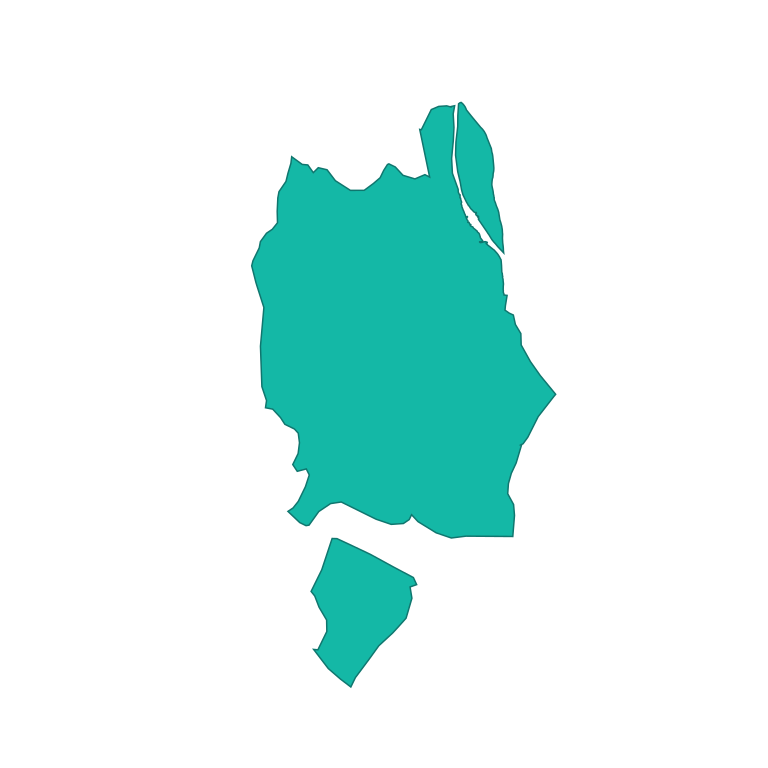 Auseem, Al Jizah, Egypt (Equal Earth projection), rotated 26°
{"feature_id": "37247803B16391777329697", "entity_name": "Auseem", "entity_type": "district", "adm_level": 2, "iso_a3": "EGY", "parent_name": "Egypt", "parent_adm1": "Al Jizah", "projection": "equal_earth", "projection_center": [31.148, 30.12], "detail": "fine", "context": "isolated", "style": "filled", "palette": "teal", "viewbox_px": 768, "rotation_deg": 26, "n_neighbors": 0, "source": "geoboundaries", "source_scale": "gbopen_adm2", "svg_char_len": 5835}
<svg xmlns="http://www.w3.org/2000/svg" viewBox="0 0 768 768"><g transform="rotate(26 384 384)"><path d="M542.8,318.0L520.7,307.9L505.8,299.7L490.2,288.8L484.9,278.7L476.0,272.9L470.0,265.3L465.5,265.4L460.4,264.6L458.8,260.4L455.8,250.4L452.9,251.4L452.3,250.5L451.7,249.9L451.4,249.6L451.0,249.3L450.3,247.7L449.9,247.2L449.6,246.6L448.2,243.5L447.8,242.3L447.3,241.3L446.0,239.3L445.1,237.7L443.6,235.9L443.6,235.7L443.5,235.3L443.5,235.1L443.2,234.9L442.8,234.4L442.4,233.7L441.8,232.7L440.9,231.9L437.6,225.8L435.6,222.4L434.8,221.2L434.5,220.8L434.0,220.6L432.6,219.5L431.4,218.7L430.6,218.2L429.6,217.6L428.4,217.0L424.5,215.4L423.7,215.2L423.2,215.1L422.9,215.1L422.6,215.1L421.7,214.8L420.2,214.5L418.7,214.1L417.5,213.9L416.9,213.8L414.9,213.2L414.4,213.0L414.2,212.9L414.2,212.7L414.2,212.3L414.4,212.2L414.7,212.0L414.9,211.9L414.9,211.7L414.7,211.5L414.6,211.4L413.4,211.5L413.0,211.6L412.5,211.7L412.1,212.0L411.5,212.4L410.6,213.3L410.4,213.5L409.1,214.4L408.5,214.7L408.4,214.7L408.3,214.3L408.2,214.2L407.9,214.5L407.7,214.5L407.6,214.4L407.6,214.2L408.3,213.9L408.7,213.7L409.2,213.4L409.6,213.0L409.9,212.8L410.0,212.6L410.1,212.4L410.0,212.1L409.7,211.9L406.7,210.4L406.3,210.0L405.8,209.3L405.0,208.5L404.1,207.5L403.7,207.2L403.2,206.9L402.7,206.7L402.0,206.6L401.5,206.5L401.2,206.3L400.8,205.8L400.5,205.7L399.9,205.6L398.5,205.2L396.1,204.7L395.8,204.5L395.3,204.1L394.9,203.9L394.7,203.9L394.0,204.0L393.2,204.1L392.8,203.9L392.2,203.8L392.3,202.9L392.1,202.6L391.6,202.6L391.2,202.8L390.1,202.0L389.6,201.5L389.4,201.5L388.9,201.8L388.5,201.9L388.2,201.0L387.9,200.6L387.3,200.2L386.4,199.9L385.9,199.4L385.8,198.9L385.7,198.5L385.7,198.3L385.7,198.2L385.6,197.7L385.8,197.2L385.7,197.1L385.4,197.0L384.8,198.0L384.7,198.2L384.4,197.8L384.1,197.7L383.9,197.5L383.4,196.9L382.9,196.4L381.7,195.5L380.1,193.9L378.5,192.6L377.5,191.6L376.9,191.0L376.5,190.7L376.0,190.1L375.5,189.2L375.4,189.1L375.0,188.9L374.8,188.8L374.5,188.4L374.3,188.1L374.2,187.8L374.2,187.6L374.2,187.1L374.2,186.9L374.0,186.5L373.7,186.1L372.8,185.3L372.2,184.6L371.9,184.2L371.5,183.5L371.4,183.4L371.2,183.4L370.9,183.4L370.6,183.3L370.5,183.1L370.5,182.7L370.4,182.4L370.1,182.1L369.8,181.9L369.6,181.6L369.6,181.3L369.6,181.1L369.7,180.9L369.6,180.7L369.4,180.7L369.0,180.8L368.8,180.7L368.0,180.1L367.0,179.3L366.6,178.9L365.3,176.5L353.1,164.6L345.9,151.6L339.5,134.6L334.4,122.7L327.8,110.9L325.5,102.9L322.5,105.3L322.7,105.7L318.5,106.5L311.5,110.5L306.2,116.6L306.1,139.1L304.5,139.5L334.3,178.0L329.0,177.9L321.9,186.1L309.6,188.1L299.0,184.0L291.9,184.0L290.9,185.2L290.1,192.1L290.1,200.3L286.6,208.4L281.3,218.6L268.9,224.7L251.2,222.6L238.9,216.4L230.1,218.4L227.8,225.0L219.5,220.5L214.2,222.5L201.4,220.2L203.6,226.5L205.3,236.7L207.1,244.9L205.3,257.2L207.0,263.3L212.3,275.6L217.6,285.8L215.8,293.9L212.3,300.0L210.5,310.2L212.2,316.4L212.2,330.7L213.3,335.8L224.2,348.7L226.6,351.3L242.5,367.9L256.4,404.2L275.4,439.9L285.7,450.4L287.9,457.3L295.0,455.4L305.6,459.5L312.6,463.7L323.2,463.7L328.5,465.8L333.8,473.9L337.3,484.2L337.3,496.4L344.3,500.5L351.4,494.4L356.7,498.5L358.4,510.8L358.4,527.1L356.6,535.3L353.5,540.6L369.0,545.5L376.0,545.5L378.5,543.7L381.3,527.2L388.4,514.9L397.3,508.8L436.1,509.0L452.0,507.0L462.6,500.9L466.1,494.8L466.1,489.4L474.9,492.8L496.1,494.9L512.0,492.9L524.4,484.8L566.6,464.6L558.9,444.9L553.3,435.5L543.3,428.4L539.5,419.0L537.6,408.5L537.4,397.0L534.4,378.8L533.6,378.9L535.2,376.7L536.6,368.7L536.9,345.7L542.2,320.4L542.4,319.8L542.8,318.0ZM487.0,670.9L487.0,660.3L489.3,648.3L491.4,637.1L494.1,621.5L501.0,603.8L503.5,595.4L506.5,584.8L503.0,564.3L496.4,555.0L501.3,550.0L495.3,545.1L472.2,544.3L446.5,543.1L427.6,543.3L409.5,543.6L405.1,545.6L409.5,578.3L409.4,602.4L414.7,604.9L423.5,613.1L435.9,621.3L441.1,631.5L441.1,651.9L437.1,653.4L458.7,664.2L474.6,668.4L485.2,670.5L487.0,670.9ZM329.9,97.1L329.3,97.6L329.1,97.9L328.8,98.2L328.5,98.9L328.2,99.5L328.5,100.2L332.7,110.4L337.4,120.3L342.6,135.0L348.0,147.0L357.3,161.0L363.8,168.9L368.6,175.5L368.8,175.6L369.2,176.2L371.9,179.2L372.1,179.4L378.3,184.3L381.2,186.2L381.6,186.6L381.8,186.7L382.3,186.7L382.7,186.8L383.0,187.0L383.8,187.6L385.0,188.3L385.4,188.5L386.4,188.8L387.9,189.3L388.9,189.8L389.7,189.9L390.9,190.0L391.1,189.9L391.4,189.6L391.5,189.5L391.6,189.4L392.1,189.7L392.2,189.9L392.2,190.0L391.9,190.7L391.9,190.8L391.9,191.0L392.0,191.1L392.8,191.7L393.0,191.9L393.4,192.0L393.6,191.9L393.8,191.7L394.2,191.7L394.2,191.8L394.2,192.0L394.5,192.3L394.6,192.1L395.0,192.0L395.4,192.0L395.6,192.2L395.7,192.3L395.8,192.5L395.6,193.0L395.7,193.3L396.5,193.6L396.7,193.8L396.8,194.1L396.7,194.6L396.8,194.7L410.0,202.2L411.1,202.9L413.1,204.0L416.8,206.4L418.2,207.2L419.1,207.6L420.1,208.1L422.9,209.2L426.1,210.7L434.1,213.7L433.0,212.0L431.6,209.4L430.1,207.0L428.9,205.2L428.0,203.6L426.6,201.1L426.1,200.0L425.1,197.7L424.9,197.2L424.6,196.8L424.2,196.2L422.6,193.3L421.5,191.8L420.6,190.5L419.3,189.0L417.9,187.4L416.4,185.9L415.8,185.1L414.9,183.8L412.8,180.8L411.9,179.5L411.0,178.5L409.5,176.9L408.9,176.4L407.2,174.9L405.9,173.6L404.7,172.3L403.1,170.9L402.7,170.5L402.1,169.8L401.8,169.1L401.3,168.1L401.1,168.0L400.8,167.6L400.3,166.9L399.8,166.1L399.1,165.4L398.4,164.2L397.3,162.6L394.8,159.4L394.0,158.3L393.8,158.0L393.3,157.1L392.2,154.3L391.5,152.2L391.4,151.6L391.3,150.7L391.1,150.1L390.8,149.2L389.9,147.1L389.7,146.3L389.4,145.0L389.0,143.9L388.6,142.9L388.0,141.6L387.4,140.6L386.6,139.2L382.0,131.7L381.1,130.4L380.6,129.7L379.3,128.3L378.9,127.7L377.7,126.0L377.1,125.1L376.9,125.0L368.5,117.4L367.5,116.3L366.2,115.1L364.8,114.1L363.4,113.1L361.8,112.3L361.1,111.9L359.5,111.3L358.5,111.0L349.2,106.8L344.4,104.6L337.9,101.5L337.0,100.6L336.0,99.8L335.2,99.2L333.9,98.5L333.1,98.1L331.9,97.6L331.2,97.4L329.9,97.1Z" fill="#14b8a6" stroke="#0f766e" stroke-width="1.5"/></g></svg>